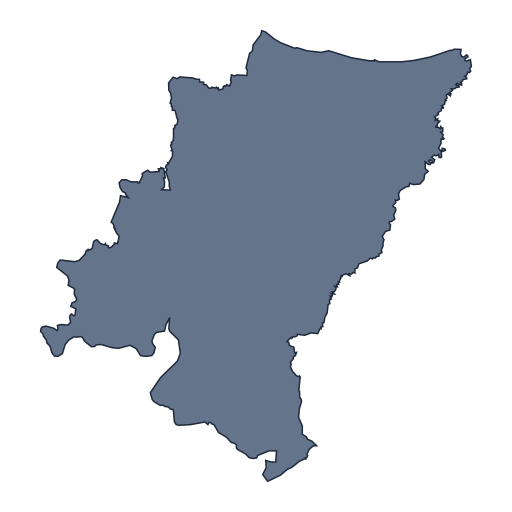 the district of Tegal, Jawa Tengah, Indonesia
{"feature_id": "22746128B39713682939315", "entity_name": "Tegal", "entity_type": "district", "adm_level": 2, "iso_a3": "IDN", "parent_name": "Indonesia", "parent_adm1": "Jawa Tengah", "projection": "orthographic", "projection_center": [109.163, -7.056], "detail": "fine", "context": "isolated", "style": "filled", "palette": "slate", "viewbox_px": 512, "rotation_deg": 0, "n_neighbors": 0, "source": "geoboundaries", "source_scale": "gbopen_adm2", "svg_char_len": 5972}
<svg xmlns="http://www.w3.org/2000/svg" viewBox="0 0 512 512"><path d="M306.4,459.2L305.1,458.2L306.8,457.4L307.7,455.6L307.0,454.0L309.1,449.5L313.1,445.9L316.6,445.7L311.8,441.1L307.6,439.3L306.3,436.7L302.3,434.3L302.3,425.9L298.6,417.4L299.3,409.1L301.6,401.3L301.1,399.0L299.7,397.5L299.5,391.2L298.8,390.3L300.2,377.0L299.4,375.9L298.3,376.5L296.3,375.7L292.5,371.3L290.5,367.0L291.2,364.0L290.3,362.5L293.2,358.9L293.5,356.6L295.4,355.7L296.5,352.4L294.6,352.9L293.9,347.3L289.3,345.3L288.7,342.1L287.1,341.8L287.5,340.7L291.1,337.6L291.8,338.4L292.7,336.9L295.7,336.6L297.1,335.7L297.4,334.3L304.7,335.3L311.1,332.9L317.7,333.6L319.8,329.1L321.2,328.8L320.9,327.1L322.8,326.6L322.4,323.0L324.0,322.5L324.8,317.3L327.1,313.2L328.1,304.6L329.8,303.6L329.4,299.9L331.4,299.0L330.4,297.8L331.6,296.9L330.4,296.1L332.0,296.0L332.5,295.0L331.2,293.5L334.4,294.0L332.3,291.9L334.5,291.5L335.9,289.2L336.0,287.6L334.7,286.2L337.4,286.9L336.6,284.6L338.7,284.2L338.1,282.2L339.6,282.1L339.2,281.0L340.8,278.4L340.4,277.3L342.1,276.5L341.5,275.5L346.0,273.8L349.9,275.8L349.2,273.7L351.4,274.1L353.0,272.5L355.0,273.0L354.8,269.0L357.6,267.8L358.9,263.8L367.3,261.0L370.1,258.2L372.6,258.9L373.2,257.7L375.1,258.1L376.7,256.5L378.8,256.3L379.2,254.1L382.0,252.5L381.3,250.0L383.2,245.5L382.8,243.7L384.0,239.6L382.2,236.5L385.6,231.3L389.9,230.1L390.5,224.8L389.2,223.2L389.4,221.8L391.0,221.7L394.8,219.2L393.7,215.3L395.9,210.0L395.4,207.9L393.3,206.6L393.0,205.4L395.7,202.8L395.4,200.0L397.2,200.5L399.3,199.2L398.5,194.1L400.2,190.5L406.0,186.8L409.0,186.4L409.6,183.3L413.3,184.6L420.0,184.0L423.9,179.5L424.7,174.3L428.2,171.4L425.3,168.8L425.2,161.7L428.1,164.3L430.2,164.6L431.1,162.8L428.9,161.4L429.0,160.3L430.4,159.8L432.0,160.9L432.3,163.0L433.6,162.8L434.7,159.7L431.5,157.3L434.1,155.1L436.0,155.8L438.6,154.4L439.1,157.4L440.8,157.7L441.6,156.6L441.2,151.9L445.4,150.4L445.0,149.0L442.2,148.2L441.7,150.8L440.4,150.7L438.6,148.1L441.1,143.2L441.0,139.0L443.3,139.4L444.1,138.7L442.5,136.9L443.2,134.6L440.8,132.3L442.7,131.7L442.8,127.9L441.4,128.1L440.8,126.6L440.0,128.7L438.8,127.5L436.0,127.3L435.8,126.5L437.3,125.8L437.4,123.8L439.8,121.2L437.5,120.8L437.7,118.8L435.3,120.3L435.7,118.1L434.5,117.0L438.5,114.3L438.0,112.6L441.3,110.6L441.6,107.8L443.2,108.2L443.5,107.4L441.6,105.8L444.6,104.3L445.0,101.2L446.2,100.6L445.3,99.6L447.1,97.9L446.2,95.0L447.6,94.0L450.4,95.9L450.9,93.6L449.0,93.2L452.5,90.3L451.3,88.8L454.1,88.9L456.9,87.2L459.2,87.0L458.9,85.9L455.8,84.9L456.9,83.4L461.7,85.2L461.6,83.2L460.5,82.3L462.6,80.9L462.8,79.6L466.8,78.8L466.6,77.4L464.6,76.2L466.6,75.2L467.8,72.1L469.4,72.6L470.7,71.3L469.5,68.8L471.4,66.4L470.4,59.6L466.5,61.1L465.1,60.6L465.0,58.7L467.8,57.1L467.9,56.1L466.7,54.9L463.5,57.2L461.8,56.4L460.4,53.7L461.1,49.4L454.0,49.2L452.1,50.5L450.6,50.2L430.3,57.0L414.2,60.4L401.6,61.8L379.1,61.8L374.5,59.8L374.5,60.9L368.8,60.7L351.3,57.7L328.6,50.7L321.1,52.4L307.1,50.8L297.0,47.7L294.6,48.2L280.5,42.7L273.8,38.7L265.6,32.0L261.8,30.7L260.7,34.9L253.1,44.9L252.3,51.1L249.6,53.2L246.0,67.9L247.4,70.4L246.9,75.5L236.7,74.9L234.8,76.0L231.5,74.8L230.5,80.4L231.4,81.8L229.4,86.1L226.7,84.6L225.7,86.3L224.6,85.7L223.0,86.9L223.4,88.1L222.6,88.9L219.1,90.1L218.0,87.2L217.8,88.8L216.3,87.2L215.6,88.0L211.8,87.2L211.3,88.3L208.5,87.9L206.4,84.8L203.5,84.4L203.8,82.3L199.6,81.8L199.5,79.3L196.1,79.2L193.2,78.0L179.8,76.9L177.2,78.7L173.1,77.2L168.6,82.9L168.8,90.1L170.6,93.2L171.5,97.9L170.1,103.0L171.2,103.7L171.4,106.6L172.3,106.9L172.3,110.3L175.0,110.3L177.2,118.8L178.0,119.5L177.1,124.2L174.7,125.5L174.9,127.5L173.5,128.5L173.5,137.8L173.0,140.9L171.3,142.5L171.6,144.3L170.6,145.1L172.1,150.3L171.4,150.7L172.6,151.3L172.5,156.2L168.7,163.0L167.6,162.7L168.2,164.4L166.2,165.1L165.6,167.3L167.0,169.2L165.9,171.9L169.3,182.1L169.2,186.0L170.4,190.1L161.7,189.7L164.4,186.8L164.5,181.2L163.4,178.1L165.1,178.1L165.2,176.5L164.2,173.1L165.0,172.5L163.6,169.9L164.0,168.6L161.0,167.7L161.3,168.6L158.3,168.8L159.2,171.5L150.1,172.2L147.7,170.2L142.2,173.4L142.5,176.0L139.2,182.9L138.1,183.0L137.7,181.9L130.9,181.8L126.0,179.7L121.7,179.8L119.1,182.9L120.1,187.7L122.5,191.6L125.6,193.0L125.6,194.5L128.4,197.7L120.5,195.6L119.6,201.9L111.1,222.2L112.7,223.2L114.1,225.9L113.8,227.8L115.2,228.5L114.8,229.4L116.8,233.5L119.2,236.2L117.5,243.7L114.4,242.9L114.2,244.2L111.9,246.6L110.0,247.8L108.3,247.7L108.4,245.8L105.7,245.0L105.5,243.6L104.5,244.6L103.1,244.5L100.2,243.3L97.1,239.8L95.9,240.0L93.7,241.4L92.2,248.3L90.3,249.7L88.0,249.4L88.0,250.6L86.4,250.4L84.9,254.3L79.3,260.3L74.9,261.7L60.2,260.0L57.7,263.2L56.7,267.4L67.5,276.0L69.0,280.1L68.2,285.4L74.5,288.6L74.3,294.6L76.8,299.1L75.7,301.4L72.0,302.8L70.8,306.4L75.8,308.7L75.0,315.1L73.7,315.7L71.6,314.0L70.5,314.5L69.6,317.1L70.6,322.4L67.7,325.1L61.1,324.5L57.4,325.4L58.0,328.9L57.1,330.6L53.9,328.3L46.0,326.1L42.3,327.0L41.1,328.4L40.6,331.5L42.8,333.6L43.5,336.3L46.4,340.1L46.8,342.9L50.0,346.1L51.9,352.7L54.5,356.1L58.0,356.3L62.4,353.6L65.1,344.6L69.1,339.8L74.5,336.6L76.5,337.2L81.1,336.6L82.6,337.6L84.6,341.3L91.6,346.8L94.7,346.5L96.3,344.9L101.1,344.5L111.8,347.6L118.6,348.3L130.0,345.3L136.2,348.7L140.7,355.7L146.2,356.4L151.8,355.5L153.9,352.9L155.3,347.3L152.4,343.4L152.0,340.6L154.4,334.5L156.7,332.3L164.5,331.1L165.8,325.2L169.7,317.5L168.8,328.8L169.8,331.4L178.4,339.8L180.3,353.2L177.4,361.1L160.7,377.4L150.3,392.7L152.3,399.7L154.2,401.8L160.3,405.4L163.2,405.1L164.7,406.4L168.4,407.0L170.4,409.1L173.3,409.6L174.4,421.8L176.2,424.6L179.0,425.3L190.8,424.6L205.0,422.0L207.9,424.6L209.0,422.4L211.0,422.6L211.5,423.7L214.2,424.9L218.5,432.5L226.6,437.3L230.8,442.1L235.0,443.6L236.4,445.0L236.4,448.0L237.9,449.7L245.7,454.0L249.2,457.7L252.9,458.5L256.6,457.9L257.6,455.5L269.1,450.8L276.5,450.9L275.7,462.1L270.7,461.9L265.8,460.4L266.2,467.5L262.7,474.6L267.7,481.3L280.4,475.2L287.5,469.2L291.9,467.3L299.3,461.3L304.5,458.9L306.4,459.2Z" fill="#64748b" stroke="#1e293b" stroke-width="1.5"/></svg>